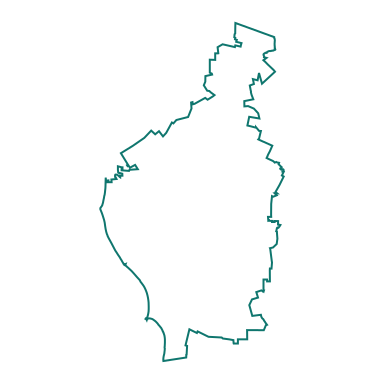 Caborca, Sonora, Mexico (orthographic projection)
{"feature_id": "50627088B68823921856898", "entity_name": "Caborca", "entity_type": "district", "adm_level": 2, "iso_a3": "MEX", "parent_name": "Mexico", "parent_adm1": "Sonora", "projection": "orthographic", "projection_center": [-112.534, 30.898], "detail": "fine", "context": "isolated", "style": "outline", "palette": "teal", "viewbox_px": 384, "rotation_deg": 0, "n_neighbors": 0, "source": "geoboundaries", "source_scale": "gbopen_adm2", "svg_char_len": 5731}
<svg xmlns="http://www.w3.org/2000/svg" viewBox="0 0 384 384"><path d="M105.7,177.6L105.5,186.0L105.4,188.2L104.9,192.9L104.7,194.2L104.6,194.9L104.3,195.8L103.9,198.2L103.5,200.0L103.0,202.7L102.4,204.6L102.4,204.9L101.9,205.9L101.7,206.2L100.4,208.0L100.3,209.0L100.5,209.7L101.8,212.9L102.6,215.2L104.1,220.0L104.7,222.7L105.2,226.4L105.6,228.9L106.2,231.7L106.9,234.1L107.5,235.4L107.6,236.0L108.7,238.2L111.6,243.5L115.2,250.4L115.9,251.5L116.4,252.2L118.1,254.9L119.9,257.5L120.5,258.7L121.2,259.7L122.6,262.2L123.2,263.1L123.4,263.7L123.6,263.8L123.8,264.1L124.2,264.8L124.5,265.1L124.8,265.1L125.1,264.6L125.0,264.3L125.2,263.9L125.5,263.7L125.3,263.9L125.2,264.4L125.3,264.4L125.4,264.2L125.6,264.1L125.5,264.4L125.5,264.6L125.4,264.9L125.5,265.4L125.6,265.6L126.4,266.2L127.2,267.0L128.3,267.9L129.0,268.6L129.9,269.4L131.7,271.1L133.6,273.2L136.9,277.0L138.1,278.3L139.0,279.3L139.6,279.9L140.7,282.0L141.6,283.1L143.5,285.7L144.5,287.4L145.5,289.5L146.3,291.5L146.9,293.2L147.5,295.5L148.0,297.9L148.4,300.6L148.6,302.7L148.7,306.5L148.7,309.0L148.6,311.3L148.3,313.3L147.8,315.6L147.4,316.9L147.2,317.3L146.6,318.2L146.4,318.4L146.2,318.3L146.1,318.6L145.6,318.7L145.5,318.9L145.7,319.0L145.9,319.1L146.0,318.9L146.3,319.0L146.6,319.3L146.6,319.7L146.7,319.9L146.8,319.5L147.2,319.4L147.2,319.0L147.3,318.9L147.7,318.6L148.4,318.4L149.1,318.4L149.9,318.4L151.9,318.9L152.6,319.2L153.5,319.8L155.5,321.3L156.1,321.9L157.6,323.5L158.6,325.0L159.0,325.3L159.3,325.7L160.6,327.3L160.7,327.5L160.9,327.6L161.4,328.3L161.6,328.8L161.9,329.3L162.5,330.5L162.7,331.2L163.0,331.5L163.2,332.2L163.3,332.2L163.4,332.3L163.6,333.0L164.4,335.4L164.7,337.2L164.9,339.2L164.9,342.7L164.7,346.7L164.6,346.9L164.6,347.9L164.7,348.2L164.8,348.4L164.7,350.1L164.3,353.6L163.9,355.2L163.7,356.1L163.6,356.6L163.4,358.0L163.3,359.3L163.4,359.5L163.3,360.1L163.4,361.0L186.2,357.5L186.3,355.9L186.2,354.9L186.6,354.6L187.1,345.9L185.5,345.4L189.4,329.3L196.9,333.0L197.6,331.4L208.5,336.8L214.3,337.1L221.7,337.5L222.8,338.5L229.5,339.4L233.4,340.1L233.6,343.2L233.7,343.5L237.9,343.5L237.9,339.3L247.2,339.3L247.1,330.1L263.8,330.2L265.9,325.2L267.0,324.8L265.3,322.5L265.0,321.9L263.9,320.4L263.7,319.8L263.2,319.1L262.7,318.7L262.4,318.5L261.8,317.7L261.6,317.3L261.2,316.3L260.9,314.8L252.3,315.9L249.3,305.1L252.0,299.4L258.0,297.6L256.3,292.1L261.4,290.4L262.7,291.3L262.9,291.5L263.2,291.3L263.4,291.3L263.6,291.5L263.8,290.8L263.9,290.5L263.5,290.5L263.5,279.5L267.1,279.5L267.1,281.4L269.9,281.4L269.8,270.4L269.9,268.5L271.5,268.6L272.0,262.5L271.8,261.3L270.2,248.7L270.0,248.2L273.0,247.5L276.7,244.0L277.4,238.7L277.0,233.5L276.9,231.6L276.2,231.3L276.6,229.7L276.9,228.2L277.1,228.2L277.8,228.0L277.8,227.5L279.1,227.4L279.4,227.4L278.9,227.2L279.4,226.6L280.4,225.0L279.6,224.8L278.8,224.6L278.6,224.8L278.0,224.6L278.1,221.1L274.6,221.0L274.6,222.0L272.1,222.0L272.3,220.9L268.9,220.8L268.9,220.0L268.4,220.0L268.5,220.5L268.3,220.6L268.0,216.9L271.2,216.9L271.1,214.8L271.2,203.9L272.0,196.1L273.2,196.7L276.7,195.3L274.8,193.4L277.2,193.4L275.5,192.0L279.5,185.0L283.7,176.5L281.9,175.5L283.7,171.8L282.7,171.6L283.0,171.3L283.7,170.1L283.3,169.4L282.9,169.2L282.4,169.2L282.0,169.4L281.6,169.5L281.3,169.7L280.8,169.2L280.4,169.0L280.2,168.8L280.2,168.5L280.9,168.1L281.2,168.0L281.7,167.2L280.7,166.3L278.6,164.2L279.1,162.8L278.8,162.7L278.5,162.8L276.4,162.2L276.2,162.0L275.5,162.3L274.7,162.6L273.9,161.7L272.8,160.9L272.1,160.6L268.0,158.7L266.6,158.0L267.0,157.1L267.4,156.5L267.6,155.7L268.3,154.2L269.9,151.2L272.3,145.7L265.2,142.5L264.4,142.1L263.3,141.7L258.3,139.4L259.1,138.4L260.9,131.0L259.1,130.9L256.0,127.2L256.0,127.7L250.3,126.2L247.4,125.5L249.2,116.8L259.4,118.5L258.2,113.3L253.9,108.6L248.1,106.1L244.4,106.4L244.3,101.1L253.3,99.3L251.6,94.9L250.9,92.3L251.0,91.4L250.7,90.4L249.8,85.5L253.9,84.0L252.9,79.1L257.6,80.3L259.0,73.0L262.0,83.7L275.0,71.7L273.9,70.3L267.7,64.4L265.0,61.6L264.8,61.5L263.4,60.2L266.5,57.9L264.0,57.2L264.1,56.6L264.0,56.0L263.7,55.6L263.5,54.5L263.6,54.2L263.9,54.0L264.0,53.7L264.8,53.3L265.3,52.8L265.8,52.7L266.3,52.9L266.7,52.9L267.0,52.2L267.4,51.7L267.8,51.6L268.3,51.5L268.7,51.2L268.9,51.1L269.4,51.0L270.2,51.1L271.2,50.8L271.5,50.9L272.0,50.7L272.3,50.7L272.6,50.6L272.8,50.7L273.5,50.5L274.3,50.1L274.4,49.9L274.6,49.9L274.6,49.7L274.9,49.8L275.2,49.7L275.3,49.6L275.0,48.4L275.0,48.2L274.9,47.8L274.7,47.4L274.8,46.6L274.7,46.1L274.6,45.9L274.7,45.5L274.6,44.6L274.6,44.3L274.6,43.3L274.7,42.3L274.7,41.5L274.8,41.1L274.8,40.1L274.6,38.7L274.4,38.2L274.2,38.0L274.2,37.1L235.4,23.0L235.3,26.5L235.2,33.5L234.6,34.2L234.3,37.3L235.3,37.8L235.0,39.3L236.8,39.9L236.4,40.9L236.2,41.8L241.5,43.1L241.0,44.8L240.6,46.6L235.3,45.4L234.9,47.1L222.6,44.3L217.6,47.2L218.3,53.3L217.9,53.4L217.7,53.3L215.2,53.3L215.2,59.9L209.8,59.7L209.8,72.7L211.8,73.6L212.1,74.6L205.4,76.1L205.3,81.7L203.8,85.3L207.2,90.7L209.3,91.0L210.9,92.5L214.5,95.1L213.0,96.3L207.6,99.7L205.2,97.9L194.6,103.8L192.8,104.3L192.5,102.1L191.1,102.5L191.5,108.5L188.1,117.0L176.4,120.0L173.4,123.4L171.9,122.5L166.2,132.9L163.0,136.4L159.0,131.2L155.2,134.3L151.2,130.6L144.3,137.9L132.7,145.9L125.9,150.1L120.9,153.2L127.9,164.6L127.0,165.2L127.6,166.1L128.5,165.5L129.9,167.7L135.1,164.9L137.8,169.2L129.5,169.8L129.0,170.9L121.6,170.3L121.6,169.1L122.5,169.1L122.5,167.3L121.7,167.3L117.9,166.3L117.9,169.8L118.0,170.7L118.2,172.6L119.6,173.3L119.7,173.0L122.3,173.7L122.4,175.7L120.2,175.8L120.2,177.3L119.6,176.9L119.4,176.6L118.5,175.7L117.1,174.8L115.9,174.5L115.3,174.7L115.0,175.9L115.2,177.1L115.6,177.2L116.5,179.0L111.4,179.5L111.6,182.2L108.5,182.2L108.4,180.4L107.5,180.5L107.5,182.2L105.8,182.3L106.0,180.4L105.7,177.6Z" fill="none" stroke="#0f766e" stroke-width="2"/></svg>